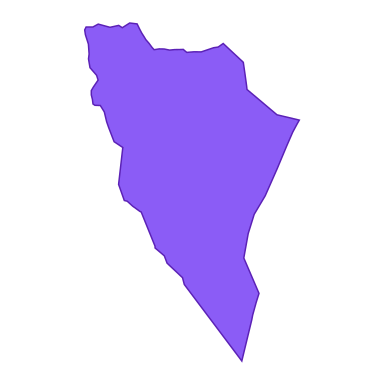 the district of Orelope, Oyo, Nigeria
{"feature_id": "59680162B54897023187709", "entity_name": "Orelope", "entity_type": "district", "adm_level": 2, "iso_a3": "NGA", "parent_name": "Nigeria", "parent_adm1": "Oyo", "projection": "equal_earth", "projection_center": [3.737, 8.78], "detail": "fine", "context": "isolated", "style": "filled", "palette": "violet", "viewbox_px": 384, "rotation_deg": 0, "n_neighbors": 0, "source": "geoboundaries", "source_scale": "gbopen_adm2", "svg_char_len": 1075}
<svg xmlns="http://www.w3.org/2000/svg" viewBox="0 0 384 384"><path d="M88.5,58.9L90.0,67.7L96.6,75.3L98.1,80.1L93.4,87.0L91.3,90.6L91.3,94.9L92.4,99.3L93.0,104.0L94.9,105.3L100.3,105.5L102.5,109.0L104.3,111.9L106.6,121.6L108.6,127.4L114.1,141.7L122.8,147.5L118.6,184.4L124.3,200.5L127.2,201.2L132.7,206.2L139.9,211.4L141.2,212.0L155.0,246.1L155.1,248.0L164.3,255.8L167.1,263.2L181.9,277.1L182.5,277.6L184.3,284.5L241.8,361.0L251.8,319.7L252.7,315.0L256.1,302.7L259.0,293.4L243.8,258.0L248.2,233.6L254.2,214.3L265.2,195.8L277.3,168.4L286.6,146.2L292.7,132.2L297.1,124.0L299.3,120.1L277.0,114.8L247.0,89.5L246.6,85.8L245.0,74.1L243.3,62.3L223.2,43.5L218.5,46.8L217.9,47.1L213.7,47.7L201.2,51.9L194.0,51.8L190.2,52.1L186.8,52.4L184.5,50.5L183.3,49.4L181.4,49.5L174.5,49.6L169.6,50.1L164.2,49.0L159.2,48.9L154.1,49.7L152.1,47.5L149.0,43.3L145.8,39.6L144.0,36.6L141.7,33.0L139.6,29.0L137.1,23.9L129.7,23.0L122.3,27.7L118.7,25.4L110.0,27.3L98.2,24.1L92.9,27.0L86.1,27.0L84.7,29.9L85.4,34.7L88.4,44.1L89.1,54.0L88.5,58.9Z" fill="#8b5cf6" stroke="#5b21b6" stroke-width="1.5"/></svg>